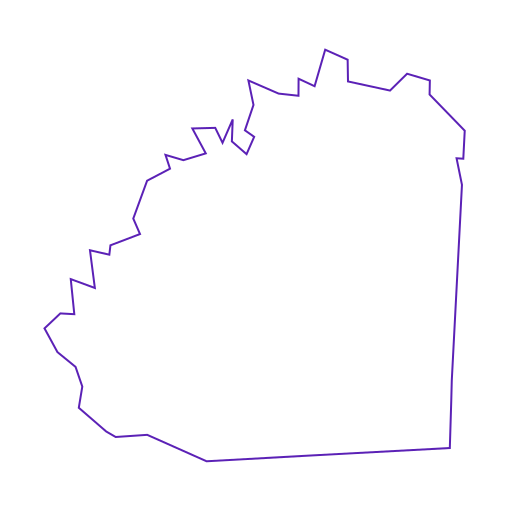 Washington, Kentucky, United States of America, rotated 357°
{"feature_id": "52423323B50785564442129", "entity_name": "Washington", "entity_type": "district", "adm_level": 2, "iso_a3": "USA", "parent_name": "United States of America", "parent_adm1": "Kentucky", "projection": "equal_earth", "projection_center": [-85.219, 37.774], "detail": "fine", "context": "isolated", "style": "outline", "palette": "violet", "viewbox_px": 512, "rotation_deg": 357, "n_neighbors": 0, "source": "geoboundaries", "source_scale": "gbopen_adm2", "svg_char_len": 779}
<svg xmlns="http://www.w3.org/2000/svg" viewBox="0 0 512 512"><g transform="rotate(357 256 256)"><path d="M41.0,317.2L52.7,341.6L70.0,357.3L75.7,377.3L71.1,398.3L97.2,423.4L106.4,429.4L138.0,428.9L195.9,458.4L293.7,458.1L439.5,457.9L443.4,411.0L445.0,390.5L465.4,195.7L461.4,168.9L468.1,169.7L471.0,141.8L437.8,103.8L438.8,89.8L416.4,81.9L398.5,97.8L357.0,86.5L357.8,64.8L335.9,53.6L323.4,89.5L307.8,81.2L306.8,98.2L287.1,95.0L257.6,80.3L261.4,105.0L251.5,129.9L260.4,136.9L251.9,153.8L237.9,140.3L239.9,118.4L228.5,141.2L222.0,125.9L199.1,125.3L211.2,150.9L188.5,156.5L170.9,150.3L174.7,164.3L151.2,175.1L135.4,212.2L141.3,228.0L111.2,237.7L109.6,247.0L90.5,241.6L93.4,279.5L69.8,269.4L71.5,304.6L57.6,303.1L41.0,317.2Z" fill="none" stroke="#5b21b6" stroke-width="2"/></g></svg>